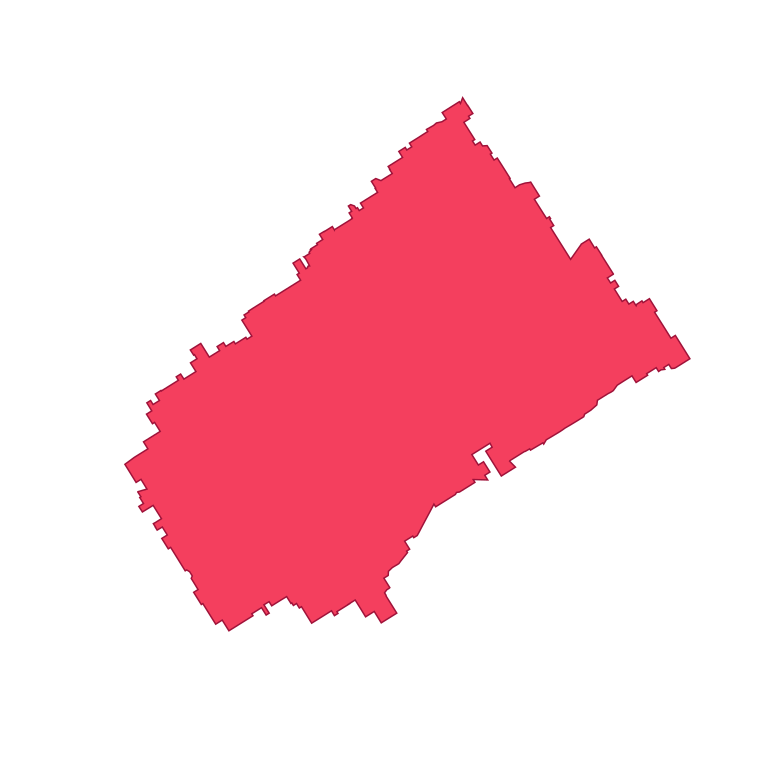 outline of Narrogin, Western Australia, Australia, rotated 148°
{"feature_id": "25037944B27145137337674", "entity_name": "Narrogin", "entity_type": "district", "adm_level": 2, "iso_a3": "AUS", "parent_name": "Australia", "parent_adm1": "Western Australia", "projection": "albers", "projection_center": [117.255, -32.997], "detail": "fine", "context": "isolated", "style": "filled", "palette": "rose", "viewbox_px": 768, "rotation_deg": 148, "n_neighbors": 0, "source": "geoboundaries", "source_scale": "gbopen_adm2", "svg_char_len": 4971}
<svg xmlns="http://www.w3.org/2000/svg" viewBox="0 0 768 768"><g transform="rotate(148 384 384)"><path d="M111.2,243.3L111.2,247.4L111.2,262.7L111.2,270.8L116.4,270.8L116.4,278.9L116.4,282.2L116.5,301.5L113.7,301.5L113.7,311.0L113.7,313.3L113.7,315.7L121.2,315.7L121.2,317.8L127.4,317.7L128.7,316.8L128.8,322.0L134.0,322.0L134.0,327.8L138.3,327.8L138.3,342.5L133.3,342.5L133.3,349.6L138.3,349.6L138.4,355.6L131.3,355.6L131.2,355.7L131.3,377.8L131.1,377.8L131.2,387.8L133.3,387.8L133.2,398.1L142.6,398.1L142.8,397.9L151.4,394.3L159.7,390.8L159.8,428.4L156.1,428.4L156.1,436.1L155.1,436.1L155.1,438.2L158.4,438.2L158.5,443.9L158.6,461.0L152.6,461.0L152.6,477.5L154.1,477.9L157.8,479.6L163.5,481.1L168.9,481.0L168.9,491.6L168.1,491.6L168.1,500.4L168.2,515.6L172.0,515.6L172.0,522.6L170.1,522.6L170.2,531.3L170.2,531.5L174.3,533.7L174.3,538.3L180.1,538.3L180.2,543.2L177.5,543.2L177.6,563.6L170.4,563.7L170.4,566.3L165.3,566.3L165.4,575.8L165.6,575.8L165.6,585.1L170.5,581.4L170.5,583.5L190.8,583.4L190.8,583.2L190.7,575.7L193.5,575.7L195.9,575.7L201.2,577.6L205.0,577.0L213.1,577.4L213.1,574.9L217.0,574.9L226.8,574.8L228.3,574.8L234.8,574.8L234.8,570.6L234.8,570.4L235.0,570.4L240.7,570.4L240.6,573.4L248.2,573.4L248.2,573.2L248.2,569.8L248.2,569.6L248.2,566.3L265.2,566.3L265.2,562.8L265.6,562.8L265.5,558.1L278.8,558.1L282.1,562.6L287.3,562.6L287.3,554.6L287.9,554.6L287.9,549.9L300.6,549.9L308.1,549.9L308.1,544.2L312.2,544.2L313.1,544.2L313.1,547.6L314.7,547.6L314.7,550.6L317.2,553.8L319.9,553.8L319.9,547.6L322.9,547.6L322.9,541.6L323.6,541.6L323.6,541.1L344.2,541.1L344.4,540.9L344.4,544.9L353.8,544.9L353.8,545.1L359.4,545.2L359.4,539.0L366.6,539.0L366.6,537.4L367.0,537.4L372.0,537.4L374.5,537.4L375.2,537.0L374.5,536.4L377.7,535.4L377.8,534.1L383.8,534.1L384.0,534.0L384.6,534.3L384.4,533.3L384.2,532.4L384.1,531.4L384.1,530.6L384.5,523.6L385.7,524.2L386.9,523.6L387.2,523.1L389.2,523.1L389.2,534.7L397.1,534.7L397.1,522.9L399.7,522.9L399.7,516.2L418.6,516.2L429.3,516.2L429.3,518.3L441.7,518.3L441.7,517.7L454.6,517.7L460.3,517.6L460.4,516.7L466.1,516.7L466.1,513.5L470.7,513.5L470.7,504.3L470.7,494.6L476.4,494.6L476.4,496.8L488.8,496.8L488.8,499.6L498.2,499.7L498.2,504.2L505.7,504.2L505.7,499.4L517.9,499.4L517.9,513.8L517.9,515.5L530.2,515.5L530.2,514.9L530.1,509.3L529.2,509.3L529.2,504.5L536.9,504.5L536.9,494.2L551.1,494.2L551.2,500.2L556.4,500.2L556.4,496.1L576.6,496.1L576.6,496.7L583.2,496.7L583.2,489.0L587.0,489.0L590.7,489.0L590.7,493.7L590.8,493.7L595.1,493.7L595.2,484.3L601.4,484.3L601.4,473.0L598.9,473.0L598.9,472.8L598.9,462.4L618.6,462.4L618.6,454.1L634.6,454.1L646.3,453.2L646.3,448.2L646.4,431.9L640.6,431.9L640.7,420.5L649.7,423.1L650.0,422.9L649.9,417.2L651.3,417.2L651.3,410.1L656.8,410.1L656.7,404.4L656.7,403.5L644.1,403.4L644.1,400.4L644.1,397.9L644.1,395.3L644.1,389.9L644.1,387.7L651.6,387.7L653.6,387.8L653.6,383.9L653.8,383.9L653.8,380.3L647.8,380.2L647.8,370.8L650.9,370.8L654.3,370.8L654.3,358.5L651.5,358.5L651.6,330.9L649.9,330.9L649.3,329.8L648.3,327.8L648.3,322.8L649.9,321.7L650.2,321.5L650.5,321.3L650.6,308.2L655.8,308.2L655.8,293.8L654.0,293.8L654.0,282.4L654.0,282.2L654.0,269.5L646.3,269.5L646.3,256.9L631.3,256.9L618.1,256.9L617.9,256.9L617.9,259.2L606.4,259.2L606.4,250.5L602.8,250.5L602.8,260.4L596.8,260.3L596.8,255.4L592.5,255.4L585.3,255.4L579.2,255.3L579.2,247.2L578.2,247.2L578.2,244.2L574.5,244.2L574.5,238.9L572.0,238.9L572.1,219.5L562.8,219.5L548.9,219.5L548.7,219.5L548.8,213.8L544.6,213.8L544.6,215.9L540.8,215.9L533.3,215.9L530.4,215.9L530.6,216.1L522.9,216.1L522.9,204.8L523.0,196.3L512.8,196.3L512.8,196.1L512.9,182.9L506.1,182.9L494.6,182.9L494.6,188.2L494.6,190.7L494.6,196.2L494.6,201.1L494.6,202.9L494.5,203.0L494.2,203.8L494.2,206.6L490.7,208.0L488.1,208.0L487.0,208.2L487.0,219.4L482.2,219.4L481.8,219.5L479.5,222.8L474.3,223.9L472.9,223.9L467.6,223.8L466.6,223.8L465.8,224.1L463.3,225.1L453.4,228.6L453.4,230.3L449.8,230.3L449.8,239.8L440.2,239.8L440.2,237.9L436.1,237.9L432.7,239.8L428.3,242.4L416.5,249.2L413.7,250.8L405.3,255.7L405.3,252.5L396.0,252.5L386.7,252.5L382.0,252.5L380.0,253.6L377.2,252.4L359.0,252.4L359.0,255.7L358.8,255.6L346.9,247.7L346.9,253.2L340.8,253.2L340.8,265.3L346.9,265.3L346.9,277.6L343.9,277.6L325.5,277.6L325.8,273.1L333.3,273.1L333.3,253.2L333.3,251.9L333.3,243.8L316.6,243.8L318.3,251.6L318.6,252.5L318.4,252.3L311.8,252.3L308.6,252.3L308.3,252.3L308.0,252.3L300.8,252.3L299.9,252.0L294.8,251.8L294.8,250.3L280.4,249.9L280.4,248.4L276.5,250.4L276.0,250.7L275.8,250.7L259.9,250.4L256.9,250.5L253.8,250.7L246.3,250.5L238.8,250.4L231.9,250.4L229.9,252.1L222.4,252.2L214.6,253.5L211.6,257.1L205.4,257.1L199.1,257.1L195.6,256.8L193.0,256.9L186.9,259.4L179.0,259.5L169.6,259.5L169.4,259.5L169.4,251.7L155.8,251.7L155.8,253.6L144.5,253.6L144.5,249.1L141.6,249.2L138.1,247.6L138.0,249.7L132.1,249.7L132.1,244.8L130.5,244.0L129.4,243.5L128.5,243.3L126.4,243.3L116.3,243.3L115.7,243.4L115.4,243.3L111.2,243.3Z" fill="#f43f5e" stroke="#9f1239" stroke-width="1.5"/></g></svg>